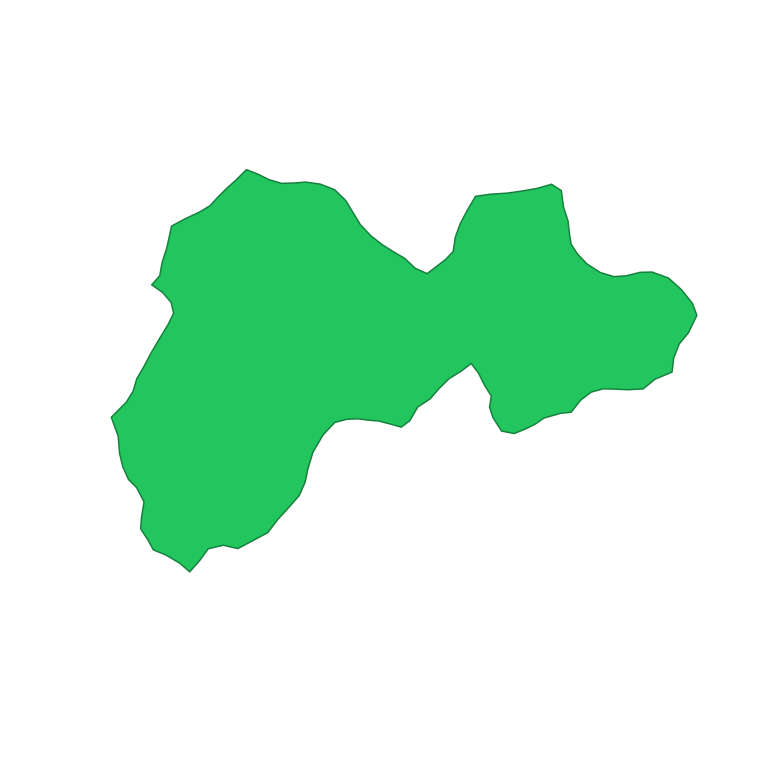 Santa Bárbara do Leste, Minas Gerais, Brazil, rotated 24°
{"feature_id": "56859067B68524836295337", "entity_name": "Santa Bárbara do Leste", "entity_type": "district", "adm_level": 2, "iso_a3": "BRA", "parent_name": "Brazil", "parent_adm1": "Minas Gerais", "projection": "orthographic", "projection_center": [-42.102, -19.952], "detail": "fine", "context": "isolated", "style": "filled", "palette": "green", "viewbox_px": 768, "rotation_deg": 24, "n_neighbors": 0, "source": "geoboundaries", "source_scale": "gbopen_adm2", "svg_char_len": 1754}
<svg xmlns="http://www.w3.org/2000/svg" viewBox="0 0 768 768"><g transform="rotate(24 384 384)"><path d="M455.8,133.4L443.8,143.4L430.6,152.2L418.6,159.7L403.9,167.4L391.3,175.3L389.4,191.7L388.4,206.4L389.4,220.7L393.3,234.8L389.6,245.2L384.5,254.7L378.5,265.6L365.5,265.6L351.7,260.8L338.2,259.3L325.5,257.4L311.8,254.0L297.7,248.1L286.0,240.0L274.5,232.0L260.0,226.6L244.6,227.3L230.3,231.4L219.5,237.3L209.0,242.3L196.2,244.1L183.6,243.6L171.1,244.1L165.7,258.2L160.8,269.0L156.4,280.4L152.5,292.0L145.5,301.9L135.1,314.0L125.7,326.2L130.2,347.8L131.9,363.4L135.1,376.3L131.5,387.9L144.5,390.4L156.4,396.1L163.0,404.9L162.6,417.1L160.5,433.5L158.6,450.3L157.5,466.4L156.0,479.7L157.7,492.7L156.0,505.4L152.2,515.3L148.4,525.3L162.4,539.8L170.7,555.0L179.1,565.9L189.5,575.2L200.2,579.3L212.7,589.3L216.6,604.0L220.6,615.3L231.9,622.6L240.9,629.4L253.9,628.9L270.3,630.8L282.9,634.6L287.3,620.8L290.5,606.0L302.7,596.7L317.4,593.8L326.8,581.8L338.3,567.0L341.9,551.6L346.4,538.0L351.9,520.5L351.9,505.6L349.1,493.1L346.8,475.2L349.1,455.0L354.7,439.1L364.3,431.4L374.3,426.4L384.1,423.5L393.9,420.1L406.0,418.0L417.3,416.4L422.5,407.1L424.2,391.3L432.3,378.6L436.1,365.9L441.4,352.5L449.8,340.0L455.3,329.8L465.7,335.5L476.4,344.3L486.9,351.3L489.8,362.2L497.3,370.4L510.5,379.2L523.1,376.3L531.4,367.7L538.4,359.3L544.0,350.0L557.0,339.1L566.4,333.7L570.2,318.7L576.6,307.1L586.0,299.4L595.4,295.4L609.0,290.1L622.7,283.1L629.7,269.3L642.3,255.9L638.1,242.5L637.4,227.3L641.3,213.3L641.9,194.0L633.0,184.9L617.2,176.8L600.8,171.5L583.3,172.7L572.4,177.9L561.5,186.5L550.4,192.4L536.1,194.2L520.4,191.7L507.8,186.5L498.0,180.1L492.0,170.8L485.8,160.2L476.0,149.3L467.3,135.2L455.8,133.4Z" fill="#22c55e" stroke="#15803d" stroke-width="1.5"/></g></svg>